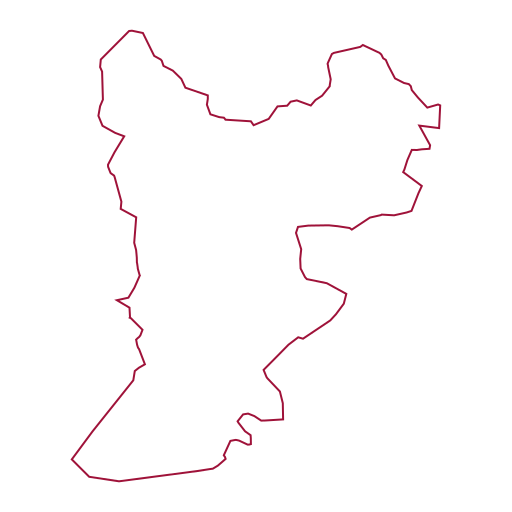 the district of Jaba, Kaduna, Nigeria
{"feature_id": "59680162B63355484795141", "entity_name": "Jaba", "entity_type": "district", "adm_level": 2, "iso_a3": "NGA", "parent_name": "Nigeria", "parent_adm1": "Kaduna", "projection": "mercator", "projection_center": [8.036, 9.475], "detail": "fine", "context": "isolated", "style": "outline", "palette": "rose", "viewbox_px": 512, "rotation_deg": 0, "n_neighbors": 0, "source": "geoboundaries", "source_scale": "gbopen_adm2", "svg_char_len": 2406}
<svg xmlns="http://www.w3.org/2000/svg" viewBox="0 0 512 512"><path d="M429.5,148.8L430.1,145.2L419.3,125.6L439.1,128.1L440.2,105.4L438.1,104.5L427.3,107.6L417.9,97.5L411.8,90.1L410.8,86.2L408.8,84.1L404.0,83.0L395.0,78.4L388.3,65.6L385.8,59.9L383.2,58.3L381.3,54.5L379.4,52.8L376.8,51.6L370.5,48.6L362.8,45.0L360.3,46.9L333.9,52.9L331.9,54.0L328.2,62.2L327.6,63.7L327.6,64.0L328.0,65.4L328.2,67.3L330.7,79.3L329.7,85.5L329.8,85.9L329.7,86.3L322.1,95.7L315.5,100.0L310.8,105.5L296.8,100.4L290.6,101.7L287.2,105.7L277.5,106.4L268.7,118.9L253.6,125.2L250.9,121.3L225.5,119.7L224.7,118.6L223.9,117.7L219.7,117.2L218.8,117.0L210.4,114.3L206.9,104.7L207.8,98.9L207.8,95.4L185.4,87.7L181.3,78.9L172.8,70.6L163.5,65.9L161.8,60.8L160.7,59.5L154.2,55.9L142.9,33.0L131.9,30.7L130.6,30.9L130.0,30.9L129.1,31.0L100.8,59.5L100.1,67.1L102.1,71.6L102.9,99.6L100.1,106.2L98.4,115.8L102.5,125.8L115.2,132.9L124.2,136.3L114.5,152.3L109.3,162.2L108.0,164.7L108.1,166.8L110.5,172.9L111.0,173.4L114.1,175.6L114.7,177.3L121.4,201.7L120.7,208.9L136.2,217.3L134.2,242.8L135.6,248.1L136.1,250.0L136.5,254.2L136.8,257.7L136.9,262.5L137.1,263.2L137.7,267.3L137.8,268.6L139.7,275.4L139.8,275.5L134.4,287.7L128.4,297.7L116.9,300.2L129.5,307.7L130.0,317.0L129.7,317.7L130.9,318.2L142.5,329.8L140.4,335.3L139.2,336.9L137.5,338.3L136.1,339.7L136.2,340.0L137.1,344.8L138.0,347.6L139.1,349.2L144.9,364.3L139.0,367.7L134.8,371.0L133.3,380.3L92.6,431.3L71.8,459.4L89.2,476.8L119.0,481.3L197.5,471.0L209.7,469.1L211.9,468.8L212.8,468.7L217.9,465.6L225.6,458.9L225.0,457.0L224.8,456.7L223.8,455.3L230.4,440.9L234.4,440.1L235.7,439.9L236.5,440.0L238.7,440.5L239.3,440.7L247.6,444.6L249.0,444.6L250.9,444.1L250.8,438.1L250.6,435.2L245.2,431.4L244.9,431.1L238.4,422.7L237.6,421.3L243.1,414.4L248.1,413.6L254.4,416.1L255.6,416.9L261.2,420.6L265.2,420.5L283.1,419.4L282.8,403.2L279.9,391.5L269.4,380.4L267.4,378.3L266.5,377.0L263.6,369.9L275.3,358.1L288.5,344.7L298.2,337.3L303.0,338.7L330.3,320.4L336.0,314.2L343.8,303.7L346.3,293.9L326.8,283.2L309.8,279.7L306.8,279.1L305.0,277.1L300.6,268.5L300.2,258.9L301.2,249.2L296.0,232.9L298.0,226.9L308.3,225.6L328.7,225.3L337.7,226.2L349.6,228.0L351.8,229.6L369.9,217.6L380.9,215.1L381.7,214.6L394.1,215.3L406.6,212.5L411.5,210.9L418.5,193.1L421.8,186.0L403.2,172.1L404.4,169.5L407.4,160.0L411.8,149.9L417.0,150.0L418.2,149.8L421.9,149.3L429.5,148.8Z" fill="none" stroke="#9f1239" stroke-width="2"/></svg>